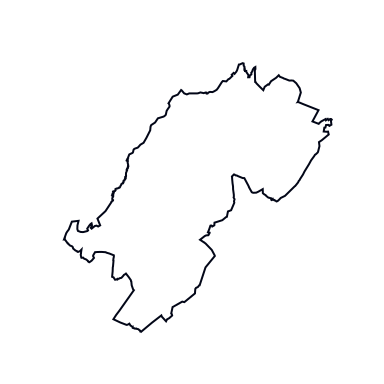 outline of Jaunsātu pag., Tukums, Latvia, rotated 125°
{"feature_id": "27541924B49068002315301", "entity_name": "Jaunsātu pag.", "entity_type": "district", "adm_level": 2, "iso_a3": "LVA", "parent_name": "Latvia", "parent_adm1": "Tukums", "projection": "robinson", "projection_center": [22.923, 56.96], "detail": "fine", "context": "isolated", "style": "outline", "palette": "ink", "viewbox_px": 384, "rotation_deg": 125, "n_neighbors": 0, "source": "geoboundaries", "source_scale": "gbopen_adm2", "svg_char_len": 5978}
<svg xmlns="http://www.w3.org/2000/svg" viewBox="0 0 384 384"><g transform="rotate(125 192 192)"><path d="M46.6,187.9L50.2,188.6L55.9,190.8L60.9,190.6L60.4,190.8L60.3,191.5L64.1,192.8L67.7,192.0L66.9,196.9L66.0,201.7L65.4,203.0L65.6,203.4L56.5,210.2L54.9,210.6L53.3,211.8L54.6,212.4L56.8,212.4L58.8,211.8L60.5,211.8L60.8,211.4L61.6,210.8L62.0,210.9L63.0,211.4L63.4,211.4L65.0,210.7L65.8,211.8L63.9,212.8L63.8,213.0L62.5,216.4L61.7,217.0L62.5,218.0L61.0,219.3L61.4,219.5L59.2,221.0L58.9,222.1L57.1,223.4L57.4,224.4L60.1,226.0L60.7,226.7L66.4,224.9L68.0,224.7L70.8,224.9L70.6,226.2L73.2,226.7L73.7,225.5L77.9,226.3L78.7,226.9L81.7,227.3L83.4,230.4L84.9,230.6L91.9,230.3L94.1,230.4L96.6,231.5L98.4,232.5L99.7,234.7L101.1,235.6L102.3,235.7L102.9,236.2L103.0,236.8L102.4,237.4L102.5,237.7L102.8,238.0L104.3,239.1L105.6,242.2L107.6,243.6L108.5,244.6L112.8,250.8L115.0,252.2L115.7,255.0L114.7,258.6L114.7,259.4L120.4,259.5L124.8,262.4L125.1,262.5L132.8,262.1L132.8,261.7L133.8,260.3L134.5,259.6L135.1,259.4L138.2,259.4L140.1,259.3L142.7,258.2L143.7,257.8L144.4,257.8L145.8,258.2L146.5,258.5L151.2,262.2L156.3,262.1L160.3,263.7L160.8,263.8L162.3,263.4L165.5,261.6L173.8,260.4L179.5,259.9L182.8,261.4L185.7,261.7L186.8,261.9L189.1,263.6L190.2,264.1L190.9,264.1L193.1,263.2L193.8,263.1L194.2,263.2L197.1,264.9L197.4,264.9L200.9,264.0L201.0,263.8L201.8,264.0L202.7,263.7L203.5,263.7L203.8,263.6L203.8,263.2L203.7,263.0L203.0,263.0L202.8,262.8L203.4,262.4L203.7,262.1L204.7,261.7L205.5,260.9L206.0,260.2L207.5,259.3L207.3,259.0L207.4,258.9L208.1,259.0L208.7,258.8L208.8,258.3L209.0,258.2L209.9,258.6L211.3,258.3L211.8,257.9L211.6,257.6L214.2,257.0L216.2,255.7L216.4,255.4L216.7,255.3L217.0,255.1L218.0,255.4L218.3,255.2L218.0,254.7L218.3,254.6L218.6,254.2L218.9,254.2L219.0,254.7L219.4,254.6L219.4,254.1L219.7,254.0L220.4,254.3L221.3,253.9L221.7,254.1L221.9,254.5L222.1,254.5L222.3,254.2L223.6,254.0L223.7,253.6L224.1,253.7L224.5,253.5L225.3,254.2L225.7,254.2L226.1,254.4L226.8,254.1L227.9,254.1L229.0,253.8L229.9,253.8L230.4,254.1L230.5,254.5L231.7,254.9L232.4,255.8L233.1,256.2L233.6,256.4L234.4,255.6L235.2,255.6L236.2,256.3L236.4,256.7L236.9,257.0L237.2,256.9L237.2,256.7L236.9,256.1L237.1,255.8L237.5,255.8L237.9,255.5L238.2,255.5L238.9,255.5L238.9,256.0L239.0,256.1L239.7,256.0L239.8,255.8L239.6,255.5L239.6,255.1L240.8,255.3L240.8,254.7L240.2,254.4L240.4,254.2L241.2,254.1L241.3,253.9L242.2,253.9L242.9,253.7L243.8,253.0L243.8,252.5L243.9,252.0L244.3,251.8L244.7,252.1L246.0,252.4L246.1,252.2L257.3,251.9L268.0,254.2L272.0,248.1L274.1,249.1L274.3,250.9L275.6,252.1L279.6,253.2L279.4,254.4L277.2,254.6L277.2,255.0L276.3,255.2L275.3,256.3L276.3,256.7L278.4,256.9L282.1,256.8L283.1,255.1L284.1,255.4L287.0,257.9L287.5,258.5L288.6,260.3L289.3,263.1L288.1,264.7L285.0,266.7L280.7,268.4L285.2,273.4L293.4,271.4L296.1,271.5L297.8,271.4L304.0,269.7L303.6,269.4L304.2,269.2L304.0,268.5L304.1,268.1L305.2,264.8L305.2,264.2L305.4,264.2L305.8,261.1L305.3,259.2L305.5,258.1L306.5,256.9L306.8,253.8L306.4,252.4L306.7,251.7L306.5,251.0L304.5,249.8L302.6,249.5L305.0,248.3L306.3,247.5L307.2,247.2L309.3,245.0L309.2,244.6L308.2,243.6L308.5,242.1L308.0,240.2L308.0,239.2L308.2,237.5L308.5,237.3L308.5,235.9L307.7,235.5L305.7,234.8L302.2,234.5L301.2,236.3L300.5,236.6L296.9,236.9L295.2,234.8L293.0,231.8L290.8,228.1L290.8,227.4L289.8,224.4L288.7,219.7L289.8,218.9L291.7,218.1L293.3,217.2L293.3,216.9L298.3,214.0L299.1,213.7L302.5,211.5L307.3,208.8L306.9,207.3L307.2,206.7L308.0,204.7L307.0,203.7L306.0,203.3L306.2,202.8L305.6,202.7L304.6,201.9L303.8,201.6L303.4,201.1L302.8,200.6L300.7,200.3L298.9,200.2L297.5,199.5L296.7,199.3L298.0,195.0L299.3,191.5L300.1,190.7L300.1,190.4L303.0,187.9L305.4,184.6L305.8,183.6L305.8,183.3L331.0,183.4L336.3,183.6L341.3,183.4L340.0,175.8L338.4,169.4L337.6,168.6L335.8,167.8L336.7,165.7L336.6,165.0L336.7,163.3L336.5,163.2L337.3,162.6L336.9,161.3L336.6,160.9L336.7,160.4L336.4,159.9L335.8,159.4L335.7,159.1L335.8,158.7L335.2,157.4L335.2,156.6L335.4,156.1L335.3,155.0L335.9,154.4L335.5,153.8L335.6,153.5L321.9,149.8L310.7,146.3L311.4,145.3L312.8,139.1L310.7,139.4L308.4,138.3L304.6,137.4L303.6,138.5L303.5,139.3L297.4,141.9L287.4,137.1L286.6,135.1L273.4,131.4L269.5,133.7L268.2,133.7L266.5,132.7L263.5,132.5L263.5,132.4L246.0,137.7L231.3,136.6L230.8,137.3L228.1,142.6L226.4,151.4L226.4,152.6L226.3,152.9L226.4,153.0L226.5,158.0L220.8,156.3L219.4,155.5L218.0,153.8L215.3,154.1L215.2,154.2L215.9,155.8L213.2,156.4L209.0,157.6L208.5,157.2L208.3,156.7L208.3,156.1L208.6,155.6L206.5,154.6L204.2,156.0L201.9,154.2L197.7,151.0L193.0,149.7L192.3,149.2L187.3,151.4L184.5,149.5L176.9,151.1L176.4,151.3L175.5,152.3L173.5,153.0L172.6,154.8L171.7,155.1L170.1,156.3L166.2,159.9L163.9,161.6L161.7,163.7L158.4,166.5L157.1,167.5L156.4,168.2L153.5,167.7L153.3,167.1L153.4,166.5L153.3,165.6L152.8,164.9L152.6,163.3L151.6,158.9L151.5,158.5L150.6,157.1L154.4,149.6L155.4,147.9L155.5,147.9L157.9,142.9L157.6,141.5L155.7,139.0L153.6,137.8L149.1,135.7L152.3,133.3L152.4,132.8L152.5,131.2L152.3,130.0L152.6,129.1L152.8,126.9L152.8,126.2L152.3,125.1L152.0,124.0L152.2,123.6L151.7,123.2L151.8,123.0L152.8,122.6L153.0,122.4L153.0,122.1L152.8,121.9L151.4,121.7L151.7,121.2L151.7,120.8L151.6,120.0L151.3,119.8L151.5,119.4L151.2,118.6L151.3,117.4L150.4,116.7L148.2,116.2L146.0,115.9L141.8,113.6L128.3,111.1L128.0,110.9L123.3,110.6L121.7,110.9L120.6,110.7L119.4,110.9L114.0,111.1L110.7,111.6L102.2,112.1L97.7,112.6L92.7,112.5L90.9,112.6L90.0,112.2L87.6,111.7L86.8,111.8L81.3,113.9L78.3,116.6L75.2,115.4L66.5,113.0L64.5,115.2L65.5,116.4L66.9,118.8L63.4,120.5L62.7,119.7L60.2,120.6L58.6,118.5L58.6,118.4L59.1,117.5L59.1,117.4L56.9,116.4L53.9,119.1L52.6,119.0L52.4,119.7L52.9,120.7L54.8,121.3L54.2,122.7L56.4,123.4L55.6,124.4L60.0,126.6L62.7,127.3L63.5,127.3L65.1,133.8L52.4,135.3L56.2,151.2L57.4,156.7L57.7,157.0L57.3,157.0L48.1,159.9L45.2,163.4L43.1,169.0L42.7,172.9L43.6,174.5L44.9,176.2L45.8,180.0L46.4,182.1L46.4,182.8L47.2,186.1L46.6,187.9Z" fill="none" stroke="#020617" stroke-width="2"/></g></svg>